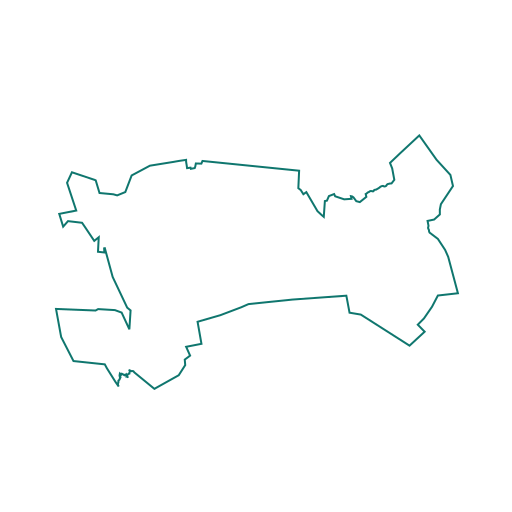 outline of Banámichi, Sonora, Mexico, rotated 169°
{"feature_id": "50627088B68944131147189", "entity_name": "Banámichi", "entity_type": "district", "adm_level": 2, "iso_a3": "MEX", "parent_name": "Mexico", "parent_adm1": "Sonora", "projection": "natural_earth1", "projection_center": [-110.155, 30.063], "detail": "fine", "context": "isolated", "style": "outline", "palette": "teal", "viewbox_px": 512, "rotation_deg": 169, "n_neighbors": 0, "source": "geoboundaries", "source_scale": "gbopen_adm2", "svg_char_len": 4279}
<svg xmlns="http://www.w3.org/2000/svg" viewBox="0 0 512 512"><g transform="rotate(169 256 256)"><path d="M95.0,329.3L106.7,321.8L105.6,316.0L105.7,304.4L109.1,301.4L111.2,301.6L111.7,301.5L112.8,301.5L113.4,301.3L113.8,301.1L114.1,300.9L114.4,300.4L114.6,300.2L114.9,300.0L116.0,299.7L116.5,299.7L117.1,299.9L117.8,300.5L118.3,300.6L118.9,300.6L119.7,300.5L120.8,300.2L121.5,299.7L123.2,299.0L125.6,298.2L126.1,298.3L126.9,298.3L127.5,298.1L127.9,297.8L128.3,297.2L128.9,297.1L129.5,297.4L130.2,297.7L130.9,297.8L131.4,297.9L131.8,297.8L132.0,297.7L132.3,297.6L132.9,297.3L133.4,297.2L134.0,297.1L134.9,296.6L135.8,296.1L136.5,295.9L136.4,293.0L143.8,289.1L147.1,290.7L149.1,294.9L150.2,296.1L151.4,296.6L151.3,293.9L158.6,294.8L166.9,299.5L167.5,301.9L173.0,300.9L175.8,296.8L177.9,296.8L182.0,281.5L183.6,283.5L187.1,288.3L194.4,309.1L197.7,307.6L199.5,312.2L201.5,314.5L197.4,331.5L290.4,359.5L292.0,357.1L295.6,357.9L297.4,358.3L298.5,355.5L299.4,354.0L303.3,354.0L303.4,355.2L304.4,355.3L305.6,355.3L306.9,355.4L306.8,357.1L306.7,359.3L306.7,360.0L306.6,361.9L306.3,363.7L306.7,363.7L312.9,364.0L317.0,364.1L318.5,364.1L342.9,364.9L362.7,358.8L372.1,343.7L380.7,342.0L384.3,343.8L397.6,347.7L398.9,360.8L399.7,361.4L420.7,373.3L427.5,363.9L423.8,334.9L441.1,334.9L439.7,321.6L433.9,326.1L420.4,321.8L417.9,316.0L411.9,301.7L406.8,304.4L410.3,290.3L404.2,288.4L403.6,292.5L402.9,292.5L400.7,262.8L392.3,229.9L389.5,226.5L394.3,208.2L398.7,226.1L404.8,229.8L421.1,234.0L423.9,233.1L462.4,242.2L462.7,216.4L462.7,213.6L455.2,187.7L429.1,179.7L425.1,178.5L423.8,174.3L418.0,159.3L415.7,154.1L415.8,154.6L416.0,155.2L416.1,155.4L416.1,155.6L416.1,155.9L416.1,156.1L416.0,156.4L415.9,156.5L415.8,156.9L415.7,157.3L415.6,157.6L415.5,157.8L415.3,158.1L415.2,158.2L415.2,158.3L415.1,158.6L415.0,158.8L415.0,159.0L415.0,159.5L414.9,159.7L414.8,159.8L414.7,159.9L414.7,160.0L414.4,160.2L414.2,160.3L413.9,160.5L413.7,160.6L413.5,160.8L413.4,160.9L413.3,161.1L413.2,161.4L413.2,161.5L412.9,161.8L412.9,162.0L412.5,162.4L412.3,162.5L412.2,162.6L412.2,162.8L412.3,163.0L412.6,162.9L412.7,163.0L412.7,163.3L412.6,164.0L412.6,164.3L412.8,164.4L412.8,164.5L412.7,164.6L412.4,164.8L412.4,165.0L412.5,165.3L412.5,165.5L412.4,165.7L412.3,165.8L412.2,166.1L412.1,165.9L412.1,165.7L412.1,165.3L412.1,165.2L412.0,164.8L412.0,164.6L411.9,164.5L411.7,164.7L411.6,164.8L411.3,165.0L411.2,165.1L411.1,165.5L411.0,165.4L411.0,165.2L410.9,165.3L410.9,165.5L410.7,165.7L410.6,165.8L410.8,165.9L410.8,166.0L410.7,166.2L410.4,166.1L410.2,166.0L410.0,165.9L409.9,165.6L409.6,165.5L409.5,165.4L409.4,165.4L409.1,165.2L408.9,164.9L408.6,164.8L408.5,164.7L408.3,164.4L408.2,164.3L407.9,164.4L407.9,164.5L407.7,164.4L407.4,164.2L407.4,163.9L407.2,163.8L407.2,163.7L406.9,163.6L406.6,163.6L406.4,163.9L406.4,164.0L406.5,164.2L406.4,164.5L406.2,164.6L406.2,164.4L406.1,164.0L406.1,163.9L406.0,163.7L406.2,163.3L406.2,163.2L405.9,162.9L405.8,162.6L405.7,162.5L405.6,162.4L405.6,162.2L405.4,162.1L405.4,161.9L405.3,161.7L405.2,161.7L405.2,161.8L405.3,161.9L405.2,162.0L405.1,162.3L405.2,162.5L405.3,162.5L405.2,162.6L405.2,162.8L405.2,163.0L405.2,163.5L405.1,163.8L404.9,164.0L404.3,164.3L403.9,164.5L403.6,164.6L403.4,164.7L403.2,164.7L402.9,164.7L402.8,164.9L402.7,164.9L402.7,165.0L402.6,165.3L402.6,165.5L402.4,165.8L402.2,166.0L402.1,166.3L401.9,166.6L401.8,166.8L401.8,167.1L401.8,167.3L401.9,167.5L402.0,167.7L402.1,167.8L402.0,168.0L401.9,168.0L401.8,167.8L401.7,167.7L401.4,167.5L401.3,167.4L401.0,167.3L400.8,167.1L400.7,167.0L400.5,166.9L400.4,166.9L400.2,166.7L399.8,166.7L399.6,166.7L399.4,166.7L399.1,166.6L398.9,166.5L398.6,166.4L398.4,166.3L398.4,166.2L398.0,165.6L397.6,164.9L381.1,145.0L354.6,153.7L346.3,162.4L345.7,167.9L339.7,170.8L341.9,180.2L326.3,180.2L325.9,202.6L302.3,204.7L280.2,208.5L273.5,210.0L272.5,210.2L253.2,208.5L234.6,206.8L228.7,206.3L174.9,199.8L174.9,196.9L175.0,182.5L164.3,178.5L122.4,138.7L104.9,149.5L110.3,157.7L103.0,162.7L92.9,172.6L85.0,182.5L64.9,180.9L67.5,218.5L69.2,225.9L74.2,238.1L81.1,245.8L81.3,246.4L81.4,247.1L81.3,248.4L81.4,249.1L81.7,250.0L81.7,250.9L81.2,252.0L80.9,252.8L80.9,253.7L80.9,257.7L74.2,257.8L67.6,261.7L66.7,266.5L64.6,271.6L49.3,287.1L49.7,298.5L60.4,316.0L72.7,343.2L95.0,329.3Z" fill="none" stroke="#0f766e" stroke-width="2"/></g></svg>